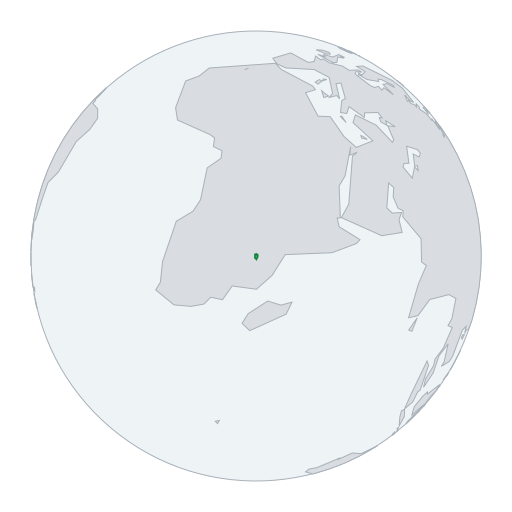 the Earth from above Karonga, rotated 43°
{"feature_id": "MWI-1194", "entity_name": "Karonga", "entity_type": "District", "adm_level": 1, "iso_a3": "MWI", "parent_name": "Malawi", "parent_adm1": "", "projection": "orthographic", "projection_center": [33.981, -10.031], "detail": "fine", "context": "on_globe", "style": "filled", "palette": "green", "viewbox_px": 512, "rotation_deg": 43, "n_neighbors": 0, "source": "natural_earth", "source_scale": "10m", "svg_char_len": 6385}
<svg xmlns="http://www.w3.org/2000/svg" viewBox="0 0 512 512"><g transform="rotate(43 256 256)"><circle cx="256" cy="256" r="225" fill="#eef3f6" stroke="#a8b0b8"/><path d="M31.7,234.7L32.1,236.5L32.1,245.1L31.7,251.5L32.6,251.9L32.7,255.7L39.8,256.3L46.3,263.3L48.1,276.9L46.5,294.7L54.2,329.4L53.8,344.2L59.9,358.2L70.2,380.1L69.2,381.1L75.9,389.6L80.5,396.5L81.6,398.5L87.2,405.1L88.2,406.3L77.4,393.3L67.6,379.5L58.9,365.0L51.3,350.0L44.8,334.4L39.5,318.3L35.4,301.9L32.6,285.3L31.1,268.4L30.8,251.5L31.7,234.7ZM88.6,406.8L91.5,409.8L98.2,416.8L88.6,406.8ZM103.9,422.2L107.9,425.7L114.4,431.2L103.9,422.2ZM118.7,434.6L121.5,436.7L121.9,437.0L118.7,434.6ZM125.2,439.4L122.6,437.5L127.4,440.6L131.6,443.7L129.9,442.7L125.2,439.4ZM117.4,432.6L114.7,429.7L116.0,430.5L118.2,432.7L117.4,432.6ZM458.0,156.2L461.6,165.0L460.2,166.7L461.4,170.3L457.7,164.2L457.5,169.6L468.0,194.8L469.3,201.3L466.8,210.3L465.9,205.3L456.4,189.1L457.9,204.2L465.3,220.6L468.0,237.7L463.8,230.3L460.7,215.2L457.2,209.1L455.8,195.6L448.3,174.5L443.9,176.0L442.0,168.2L431.1,150.7L423.4,152.7L412.8,169.2L415.1,189.2L409.7,197.1L393.9,165.8L387.0,146.7L381.2,147.5L365.0,130.8L336.6,127.2L332.8,122.5L327.4,124.2L316.0,119.2L310.1,112.0L303.2,112.2L318.9,131.6L326.4,131.7L332.8,124.9L335.8,131.9L346.8,139.1L334.1,155.4L292.3,169.7L288.5,154.8L258.3,117.0L259.3,113.1L259.2,112.6L258.9,111.8L255.8,118.3L250.7,111.6L266.5,136.6L269.0,148.1L291.7,170.6L289.5,172.9L296.9,177.9L320.9,173.1L321.0,178.2L309.4,201.7L276.4,235.1L281.0,259.1L279.0,280.0L259.0,294.2L261.3,310.9L251.0,317.0L250.7,326.6L242.8,337.2L229.3,347.7L205.8,349.2L203.9,340.3L191.5,323.9L174.0,284.9L179.4,266.3L177.1,252.7L160.2,224.8L163.8,208.4L159.4,202.2L150.2,205.0L145.2,197.9L139.7,198.5L105.8,210.1L96.0,202.3L85.2,176.0L91.7,163.1L93.6,150.4L138.7,101.9L147.4,102.3L181.8,93.0L186.0,93.9L180.9,102.8L206.0,111.4L215.2,103.5L238.9,108.6L255.3,108.2L262.9,92.1L236.0,92.3L232.4,85.0L254.6,78.4L278.2,79.8L277.5,77.1L263.5,70.9L269.7,66.5L258.7,68.6L262.5,71.2L255.7,72.8L251.8,70.7L254.1,69.0L247.3,67.9L237.8,77.2L240.7,80.8L222.2,83.3L225.2,89.9L219.9,93.4L212.7,83.7L214.1,80.0L200.1,71.5L197.0,75.4L210.0,84.0L205.6,83.6L201.5,90.0L201.1,84.8L187.7,75.5L171.5,79.9L149.5,98.1L140.3,101.2L133.4,99.9L142.9,83.8L162.2,78.8L165.9,74.1L163.3,69.1L169.4,68.4L170.7,66.1L178.1,64.6L189.8,58.1L197.6,56.6L203.5,50.5L208.2,49.2L203.4,53.0L204.2,55.3L223.6,53.4L227.7,52.0L229.9,48.4L235.0,48.9L234.7,45.7L246.5,44.3L231.9,43.8L234.1,40.7L241.9,38.4L240.0,37.6L227.3,41.5L224.7,43.3L226.6,44.8L217.0,51.1L210.0,52.7L210.1,46.7L200.3,48.7L204.7,44.1L236.1,34.7L248.6,33.4L266.6,36.2L263.0,37.4L254.8,36.8L261.3,39.6L261.3,38.2L265.5,38.9L268.7,37.1L271.8,37.6L269.5,35.4L273.7,35.7L275.1,37.1L283.4,35.8L292.5,36.9L292.9,36.4L290.7,35.7L303.6,38.1L303.3,37.7L299.0,36.7L295.6,35.5L294.6,34.5L299.1,35.4L300.1,35.9L308.9,38.6L310.8,40.3L312.6,40.7L312.0,39.5L301.2,36.0L299.3,35.3L305.1,36.7L302.8,36.1L303.3,36.0L308.0,37.0L302.0,35.5L301.9,35.5L318.4,39.5L334.6,44.9L350.3,51.4L365.5,59.1L380.0,67.9L393.9,77.8L406.9,88.8L419.1,100.6L430.4,113.4L440.7,127.0L449.9,141.3L458.0,156.2ZM122.3,123.7L120.8,127.4L120.8,127.5L122.3,123.7ZM302.9,90.7L317.2,92.5L311.3,82.8L316.3,82.9L312.4,79.8L310.8,82.1L301.4,74.2L307.8,72.3L306.3,68.8L301.4,68.1L291.3,73.0L304.6,83.9L301.1,87.4L302.9,90.7ZM170.6,57.2L172.6,57.8L169.1,60.5L159.3,64.2L164.3,60.1L170.6,57.2ZM176.4,58.1L179.2,52.2L185.5,50.3L181.5,52.2L185.3,51.5L180.0,54.6L183.1,59.4L180.2,62.2L163.7,66.3L170.7,63.1L168.2,62.5L176.4,58.1ZM175.5,46.4L176.8,45.4L188.6,42.2L186.0,43.6L176.1,46.9L173.3,47.2L175.5,46.4ZM198.9,38.1L198.7,38.1L198.9,38.1ZM196.4,38.8L194.4,39.4L194.2,39.4L196.4,38.8ZM190.3,40.5L189.8,40.7L192.3,40.0L183.5,42.7L190.3,40.5ZM191.3,90.3L194.6,90.3L200.0,89.5L197.5,93.9L191.3,90.3ZM181.9,83.9L185.0,83.0L184.1,88.1L180.7,88.4L181.9,83.9ZM187.4,78.6L185.2,82.6L184.4,80.6L187.4,78.6ZM206.3,52.3L209.7,51.5L209.8,52.3L207.6,53.7L206.3,52.3ZM245.5,31.0L246.7,30.9L241.1,31.4L239.0,31.5L240.2,31.4L239.9,31.3L245.5,31.0ZM257.9,94.8L252.8,97.8L250.5,96.3L252.7,95.6L257.9,94.8ZM223.3,95.2L230.9,96.9L222.6,96.4L223.3,95.2ZM246.2,31.1L245.6,31.0L248.4,31.0L246.2,31.1ZM341.3,401.2L342.2,404.8L339.0,404.6L341.3,401.2ZM317.7,278.0L302.3,314.9L291.7,314.7L289.6,303.4L295.3,280.9L307.7,275.0L313.8,265.2L317.7,278.0ZM477.3,289.5L477.5,292.2L477.3,293.2L477.3,289.5ZM477.2,284.0L477.9,286.3L476.7,285.9L477.2,284.0ZM478.1,287.2L478.7,287.3L479.0,286.5L478.7,288.5L478.1,287.2ZM476.6,282.7L470.9,275.5L468.0,270.0L469.2,266.8L473.9,272.1L476.6,282.7ZM468.9,266.5L463.8,251.8L452.7,216.1L456.8,218.3L467.5,242.1L466.9,245.0L470.1,255.8L468.9,266.5ZM479.3,256.7L478.6,266.2L476.0,261.4L474.5,258.0L473.6,244.2L474.1,238.5L475.6,240.1L478.0,224.6L479.5,231.8L479.4,238.9L480.4,249.1L479.3,256.7ZM416.1,191.4L421.4,204.7L418.2,206.0L416.1,191.4ZM476.8,212.5L477.3,219.1L476.2,209.3L476.8,212.5ZM474.9,202.6L475.9,207.3L474.6,201.9L474.9,202.6ZM463.4,176.2L462.0,175.7L460.9,172.6L462.0,171.4L463.4,176.2ZM286.1,32.8L281.3,32.8L280.9,33.5L285.7,34.7L276.9,33.4L277.4,32.3L286.1,32.8ZM446.2,376.7L439.4,380.1L440.1,375.6L444.7,369.5L454.8,347.1L455.0,348.3L460.8,334.4L467.8,328.7L474.3,311.7L474.0,312.9L468.9,329.6L462.6,345.9L455.0,361.6L446.2,376.7ZM478.3,292.6L477.7,295.1L478.6,290.7L478.3,292.6ZM481.2,251.7L480.8,252.5L480.9,259.4L481.3,257.9L480.9,261.7L480.5,273.6L480.1,276.9L480.7,264.1L479.8,275.0L479.6,273.7L480.1,263.3L480.7,252.6L480.9,248.8L481.2,250.5L481.2,251.7ZM479.3,226.3L479.4,226.8L479.2,225.3L479.3,226.3ZM477.4,214.2L477.4,214.5L476.6,210.3L477.4,214.2ZM474.8,202.5L474.3,200.6L470.0,185.7L474.8,202.5Z" fill="#d9dde1" stroke="#a8b0b8" stroke-width="1"/><path d="M256.1,253.8L256.3,253.9L256.4,254.0L256.5,254.0L256.7,254.3L256.8,254.3L257.2,254.7L257.3,254.8L257.4,255.0L257.5,255.1L257.9,255.7L258.0,255.7L258.1,255.9L258.1,256.0L258.1,256.3L258.3,256.7L258.3,256.9L258.3,257.0L258.3,257.5L258.4,257.8L258.3,258.0L258.5,258.2L256.8,258.2L256.7,258.2L256.4,258.1L255.9,257.7L255.0,256.3L254.9,256.2L254.7,256.1L254.4,256.0L254.3,255.9L254.2,255.9L254.1,255.7L254.4,255.5L254.4,255.4L254.5,255.4L254.6,255.2L254.8,255.1L254.9,254.9L254.8,254.7L254.7,254.3L254.8,254.3L255.0,254.2L255.2,254.3L255.3,254.5L255.6,254.6L255.7,254.8L255.8,254.7L255.9,254.4L255.9,254.1L256.0,253.9L256.1,253.8Z" fill="#22c55e" stroke="#15803d" stroke-width="1.5"/></g></svg>